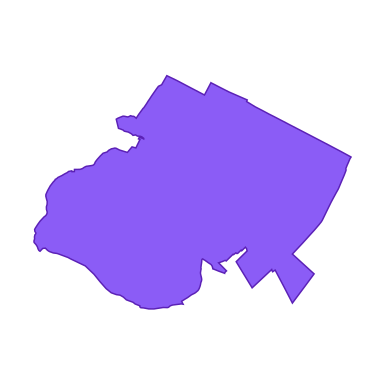 Cristian, Brasov, Romania, rotated 86°
{"feature_id": "2599482B53089144578976", "entity_name": "Cristian", "entity_type": "district", "adm_level": 2, "iso_a3": "ROU", "parent_name": "Romania", "parent_adm1": "Brasov", "projection": "mercator", "projection_center": [25.497, 45.627], "detail": "fine", "context": "isolated", "style": "filled", "palette": "violet", "viewbox_px": 384, "rotation_deg": 86, "n_neighbors": 0, "source": "geoboundaries", "source_scale": "gbopen_adm2", "svg_char_len": 4168}
<svg xmlns="http://www.w3.org/2000/svg" viewBox="0 0 384 384"><g transform="rotate(86 192 192)"><path d="M309.8,99.6L293.1,85.2L285.6,78.8L282.2,75.9L270.8,86.8L260.9,96.2L250.6,85.1L242.7,76.9L238.5,72.5L233.6,67.7L230.8,65.1L229.1,63.9L219.2,58.2L211.8,53.9L208.3,51.7L203.6,48.7L202.8,48.2L201.0,47.0L199.3,45.9L198.8,45.6L193.4,42.9L185.6,38.9L181.5,37.0L180.8,36.8L180.2,36.8L179.7,36.9L179.1,36.8L177.9,36.2L176.2,35.4L173.2,33.8L171.4,32.9L169.5,31.9L168.6,31.1L168.2,30.9L167.9,31.3L166.7,33.2L161.8,40.9L151.4,57.7L140.0,76.3L131.7,89.9L122.5,104.9L119.6,109.8L116.2,115.2L111.5,122.9L105.6,131.2L104.0,130.5L94.7,148.3L88.5,158.6L86.4,162.0L84.4,165.4L84.3,165.5L87.4,167.4L96.1,172.8L87.8,186.3L79.8,199.2L74.2,209.0L82.9,214.8L84.2,218.1L86.4,220.0L91.6,224.2L94.0,226.1L96.4,227.9L98.0,229.2L100.9,231.3L104.6,234.2L105.2,235.0L110.4,239.4L113.8,242.0L114.5,242.5L113.7,243.3L112.6,244.5L112.2,244.2L112.4,244.5L112.5,245.1L112.4,245.5L112.3,246.2L111.6,248.0L112.5,250.0L112.6,251.1L111.8,253.8L111.5,255.5L112.4,258.4L113.3,261.0L114.1,262.5L118.7,261.7L123.4,260.9L124.1,259.1L125.4,256.4L126.6,255.3L127.8,251.3L129.8,248.3L131.4,246.9L131.2,245.1L131.1,244.3L132.4,242.6L132.8,239.7L133.4,238.3L135.1,236.4L135.7,236.5L134.9,237.7L134.7,238.5L133.7,240.7L135.3,241.7L136.1,240.3L144.1,244.9L142.8,248.7L148.0,253.7L145.1,261.3L143.0,264.8L142.8,266.1L143.1,267.8L143.3,269.4L144.6,272.2L146.1,273.9L146.3,274.5L147.1,278.0L149.5,280.8L152.6,284.0L154.0,285.3L155.6,286.6L156.9,287.1L158.1,288.3L158.5,289.4L158.7,291.3L159.0,295.7L159.8,297.7L161.0,299.7L161.6,302.1L161.3,307.7L163.4,307.9L163.4,309.1L163.3,310.4L162.5,310.5L162.9,313.7L164.0,315.2L164.8,317.2L166.0,319.7L166.3,320.1L168.1,324.7L169.3,326.2L169.9,327.6L170.8,328.0L172.3,329.7L175.9,332.9L179.7,335.4L181.4,336.4L184.3,337.9L186.0,338.1L189.0,337.6L191.3,337.1L194.2,337.4L196.6,338.3L199.3,338.4L201.6,337.9L202.9,338.0L204.4,338.7L205.5,339.7L206.5,341.3L210.5,345.6L213.5,348.1L217.1,350.8L218.4,351.6L220.3,351.5L222.0,350.6L222.8,350.8L223.8,351.7L225.8,352.3L227.8,352.3L229.9,353.1L231.4,353.0L232.5,352.1L233.7,351.2L235.8,350.1L238.1,349.5L239.5,348.9L240.3,348.1L240.4,347.9L240.5,347.7L239.2,346.3L237.9,344.9L237.8,342.2L240.0,340.3L240.8,339.3L241.5,338.3L243.1,334.7L243.9,330.9L244.3,329.9L245.1,328.1L248.7,320.2L250.3,317.7L258.3,303.6L267.2,295.5L275.2,289.9L282.4,284.4L286.9,279.6L289.1,274.6L289.9,270.9L292.1,267.7L295.0,265.0L297.9,258.5L299.7,256.6L301.9,252.0L303.0,252.0L303.9,251.1L304.2,248.7L305.0,245.6L305.6,243.3L306.0,238.2L305.2,228.8L305.3,227.8L305.4,226.7L305.6,224.5L305.5,223.9L305.2,223.2L304.4,222.2L303.9,221.2L303.4,219.3L302.9,210.5L303.0,210.0L303.3,208.7L300.3,210.0L298.3,206.3L297.1,203.9L296.8,203.4L294.5,199.7L294.1,198.7L293.5,197.3L293.2,196.5L293.1,196.3L292.5,195.3L291.7,194.2L291.3,193.7L291.0,193.2L290.0,192.3L289.4,191.9L288.9,191.6L287.8,191.1L287.4,190.9L286.7,190.6L286.2,190.4L285.9,190.3L285.0,190.0L284.1,189.8L283.8,189.7L283.1,189.5L282.9,189.5L282.6,189.3L281.3,188.7L281.2,188.7L280.3,188.5L279.7,188.4L278.7,188.5L277.7,188.6L276.7,188.8L276.1,188.9L275.6,189.0L274.9,189.1L273.9,189.2L273.3,189.2L273.0,189.2L272.9,189.1L272.1,189.0L271.5,188.8L270.9,188.7L270.1,188.5L269.9,188.4L269.5,188.4L269.3,188.3L269.0,188.3L268.1,188.4L267.9,188.4L267.2,188.2L266.0,188.0L265.6,187.9L263.9,187.5L262.9,187.3L262.3,187.2L260.2,186.9L259.5,186.3L259.6,185.8L259.8,185.6L260.1,185.3L260.2,185.2L260.9,184.0L261.7,183.1L262.9,181.6L263.6,180.8L265.1,178.8L265.3,178.5L265.7,178.1L265.9,177.9L266.1,177.8L266.5,177.5L267.0,177.3L267.5,177.0L267.9,176.9L268.7,176.8L269.0,176.7L269.3,176.6L269.8,176.6L270.1,176.6L270.8,175.0L272.9,170.7L275.1,165.7L275.4,165.1L274.9,165.0L274.5,164.7L273.5,163.6L273.3,163.4L273.1,163.1L264.5,170.4L263.5,166.6L262.5,163.7L263.2,162.7L257.0,155.4L257.4,154.9L255.8,152.5L256.5,151.5L256.4,150.7L253.4,147.0L254.1,146.5L250.8,142.6L252.4,141.5L253.9,141.3L254.6,141.1L261.4,149.1L263.1,151.0L263.8,151.9L263.9,152.0L264.6,152.8L291.8,138.7L274.9,117.9L276.2,117.6L277.2,117.1L275.7,114.5L292.7,107.0L307.7,100.5L309.8,99.6Z" fill="#8b5cf6" stroke="#5b21b6" stroke-width="1.5"/></g></svg>